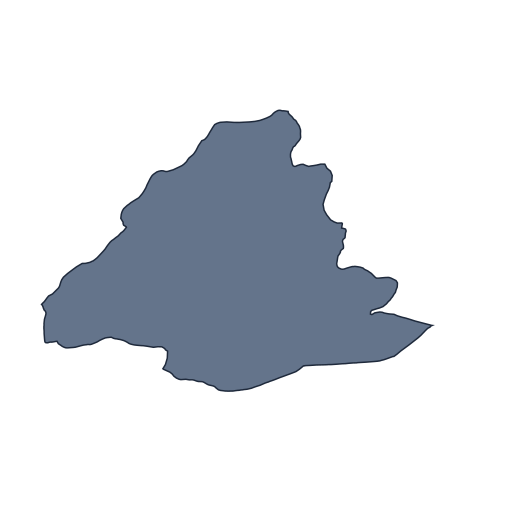 the district of Pakpak Bharat, Sumatera Utara, Indonesia, rotated 288°
{"feature_id": "22746128B12751431115951", "entity_name": "Pakpak Bharat", "entity_type": "district", "adm_level": 2, "iso_a3": "IDN", "parent_name": "Indonesia", "parent_adm1": "Sumatera Utara", "projection": "mercator", "projection_center": [98.235, 2.53], "detail": "fine", "context": "isolated", "style": "filled", "palette": "slate", "viewbox_px": 512, "rotation_deg": 288, "n_neighbors": 0, "source": "geoboundaries", "source_scale": "gbopen_adm2", "svg_char_len": 6004}
<svg xmlns="http://www.w3.org/2000/svg" viewBox="0 0 512 512"><g transform="rotate(288 256 256)"><path d="M202.6,417.1L203.1,418.2L206.3,420.5L210.1,422.8L219.2,429.3L228.1,435.3L231.5,437.3L236.9,439.9L240.2,441.6L242.3,443.6L242.6,443.7L243.4,443.9L244.4,445.0L244.3,444.5L244.2,442.5L243.6,432.5L243.3,427.2L243.3,422.0L243.2,417.6L242.9,413.9L242.8,408.9L243.2,405.3L242.2,401.1L242.0,400.2L241.7,398.1L241.4,395.7L241.5,393.5L241.0,391.1L239.7,388.5L238.6,386.5L237.3,385.4L236.1,384.3L236.1,382.8L238.6,382.2L240.2,383.0L241.3,384.6L243.2,387.2L244.7,389.5L247.1,392.4L249.1,393.7L250.4,394.6L251.9,395.3L253.3,395.8L255.8,397.2L257.5,397.6L258.6,398.1L259.7,398.5L262.5,399.1L264.4,399.8L267.1,399.7L270.1,399.9L271.3,399.6L273.3,399.1L274.3,398.7L275.9,396.7L276.7,391.3L276.7,389.4L276.5,388.4L275.4,385.4L273.6,381.2L272.9,379.6L272.5,378.4L272.2,377.6L272.3,376.7L272.7,375.7L274.1,373.0L275.1,371.1L275.8,368.6L276.4,366.7L276.7,364.0L277.2,362.3L277.6,361.6L277.6,358.6L277.2,355.9L276.7,353.3L276.1,352.0L275.7,350.8L274.6,349.1L272.4,345.9L270.8,343.8L270.0,342.0L269.9,340.9L270.2,338.3L270.9,336.9L271.9,336.0L273.6,335.1L276.4,334.7L280.0,334.1L281.4,334.0L282.9,334.5L284.3,334.9L285.8,335.1L286.6,334.8L288.1,335.3L289.6,336.3L290.1,336.7L291.4,336.5L293.2,335.8L296.4,333.8L297.4,333.6L298.7,333.7L300.1,334.6L300.9,335.0L304.2,334.3L305.3,334.0L307.6,334.0L309.1,333.0L309.3,332.5L309.2,330.1L309.0,328.8L311.3,328.4L312.6,328.3L313.7,328.0L313.9,327.3L312.4,323.2L312.5,320.8L312.6,319.4L313.0,317.8L313.3,316.2L313.5,315.7L317.0,310.5L320.6,306.6L325.9,303.8L330.4,303.6L336.7,303.8L340.7,304.4L344.1,304.6L348.7,304.0L350.4,305.0L356.1,303.6L359.7,300.6L361.4,296.3L364.6,293.1L363.4,289.2L361.2,285.6L359.6,282.5L358.4,280.0L357.5,278.5L357.5,276.1L357.6,274.3L357.8,272.5L356.9,270.3L355.2,267.9L354.8,267.3L353.6,266.1L353.1,264.9L353.2,263.5L353.4,263.3L353.8,262.8L354.7,262.0L356.7,260.8L356.8,260.8L357.1,260.6L359.9,258.9L360.6,258.3L363.2,257.4L364.9,257.1L366.3,257.1L368.0,257.5L370.5,257.6L371.7,258.0L372.3,258.7L373.3,259.2L375.2,259.7L379.1,261.3L380.9,261.8L382.6,261.8L386.0,260.5L388.2,259.9L389.8,259.3L391.6,257.9L392.0,257.7L392.8,257.1L394.1,255.6L395.1,254.1L396.2,253.1L397.2,251.8L397.8,249.6L398.7,248.4L399.3,247.6L399.8,246.7L400.5,245.1L401.3,243.5L401.4,243.3L402.4,242.3L403.4,241.9L403.0,239.3L402.6,237.3L402.2,236.3L402.0,233.7L401.3,232.1L399.9,230.6L398.4,229.3L396.9,228.4L394.7,227.4L393.1,226.2L390.4,223.3L388.4,220.8L386.2,217.9L383.7,213.4L381.5,208.4L379.4,202.9L377.8,198.7L376.2,193.6L374.5,186.8L372.0,180.5L370.1,177.9L368.2,176.1L364.8,175.1L361.6,174.4L359.3,173.8L357.1,173.4L354.6,172.8L352.2,171.8L350.9,171.1L349.8,170.0L348.9,168.8L346.3,168.1L343.2,167.2L340.6,166.8L337.5,166.3L334.1,165.3L332.6,164.6L331.0,163.6L328.5,162.0L326.1,161.2L324.3,160.8L321.1,159.1L319.1,157.7L316.9,155.4L312.4,150.6L310.7,148.1L309.3,146.1L308.7,144.9L308.4,143.7L308.3,141.3L307.8,139.5L306.6,137.4L305.3,135.7L302.1,133.3L300.5,132.4L298.8,131.9L296.5,131.4L294.5,131.1L289.8,130.4L286.8,130.2L283.1,129.4L280.2,128.6L276.0,126.9L275.1,126.5L272.0,123.8L270.1,122.2L267.9,120.4L266.3,119.4L264.3,117.9L260.2,115.6L258.3,115.1L256.1,114.9L253.9,115.0L250.0,115.8L247.0,119.2L245.7,119.6L244.4,120.6L243.9,122.6L243.6,123.6L243.2,123.9L242.3,123.5L241.1,123.1L239.2,122.4L237.8,121.6L236.2,120.4L232.5,118.7L230.2,117.0L227.6,115.3L226.1,114.1L224.1,113.0L221.2,111.9L218.7,111.1L216.1,110.4L214.1,109.6L211.7,108.5L205.3,105.5L203.1,104.1L201.0,102.6L200.3,101.7L198.9,100.3L198.4,99.6L196.3,96.1L195.2,93.0L190.2,88.6L186.4,85.9L181.1,82.2L176.3,79.4L173.4,78.6L171.1,78.4L166.9,78.5L165.5,78.3L164.2,77.9L161.7,76.6L157.0,74.2L155.5,72.7L153.9,71.1L151.0,70.0L149.6,69.6L147.0,68.7L146.2,68.2L143.7,67.0L143.4,67.6L142.6,68.5L141.5,69.4L140.8,69.8L140.0,70.6L139.3,71.0L138.9,71.9L138.3,72.8L137.4,73.6L136.2,74.1L135.1,74.2L133.0,74.3L131.6,74.3L130.2,74.4L127.9,74.9L126.1,75.3L124.8,75.8L123.7,76.0L121.5,76.7L119.1,77.7L116.7,78.5L112.3,80.3L110.0,81.3L109.0,81.9L108.6,82.7L108.8,83.7L109.1,84.8L110.1,86.1L110.7,87.3L111.0,88.4L111.9,90.2L112.9,92.0L113.4,93.1L112.0,94.6L111.5,95.2L111.1,96.7L110.7,98.2L110.2,99.6L109.9,101.8L109.9,102.8L109.9,103.3L110.1,104.2L110.4,105.2L111.6,108.1L112.6,110.6L113.5,112.5L116.7,117.4L118.0,119.5L118.8,121.2L119.3,122.3L119.6,122.7L120.2,124.3L120.4,125.4L121.3,126.9L123.9,130.0L125.2,131.5L127.4,133.4L129.5,135.6L130.7,137.0L131.6,138.1L132.7,140.3L132.8,140.6L133.6,142.4L134.0,143.4L134.0,143.8L133.7,146.0L133.8,147.7L134.2,149.5L134.3,150.8L134.6,152.6L134.7,155.3L134.7,156.8L134.4,158.9L134.1,160.5L133.6,162.2L133.5,163.9L133.6,165.6L133.8,167.7L134.5,171.1L135.3,174.5L135.9,176.7L136.2,178.5L136.4,179.5L137.5,186.7L139.4,190.7L140.5,194.4L140.2,196.2L139.7,197.9L138.8,198.9L138.2,201.3L131.4,203.2L124.8,203.4L120.0,202.3L119.7,203.0L118.9,210.1L117.8,212.9L116.3,215.1L115.3,218.0L115.0,220.9L115.2,222.7L117.1,227.4L117.3,228.9L117.6,230.8L118.6,233.7L118.8,235.4L118.7,238.0L118.8,239.8L119.9,243.8L119.8,245.4L118.9,249.5L118.8,251.1L119.1,254.2L119.2,255.9L118.8,257.6L118.1,258.9L117.1,261.7L117.2,264.0L117.7,266.3L118.0,268.1L118.3,269.3L118.6,270.1L118.7,270.8L119.8,273.9L120.5,275.9L121.8,278.5L123.0,281.1L122.7,280.8L123.9,283.0L124.0,283.2L124.6,284.7L125.2,285.7L126.0,287.5L126.4,288.4L127.0,289.5L128.9,292.6L131.0,295.2L132.4,297.1L134.3,299.8L137.8,303.7L139.4,305.8L139.9,306.6L141.1,307.9L141.3,308.2L142.4,309.7L144.2,312.0L147.7,316.2L150.5,319.8L152.8,322.7L154.5,324.9L156.6,327.5L158.4,329.7L161.6,332.2L164.9,334.3L166.2,335.1L166.8,336.4L166.7,336.4L167.2,337.3L167.9,339.2L168.8,341.6L171.0,347.1L172.3,350.8L173.6,354.5L174.7,357.5L174.9,357.8L176.0,361.1L177.8,365.6L180.2,371.4L181.3,374.4L182.7,377.5L184.3,381.4L185.4,384.5L185.7,385.1L185.9,385.4L189.2,393.8L192.1,400.8L193.5,404.1L194.0,404.9L194.0,405.2L194.7,406.4L195.5,407.5L196.8,409.6L197.8,410.9L198.3,411.6L202.6,417.1Z" fill="#64748b" stroke="#1e293b" stroke-width="1.5"/></g></svg>